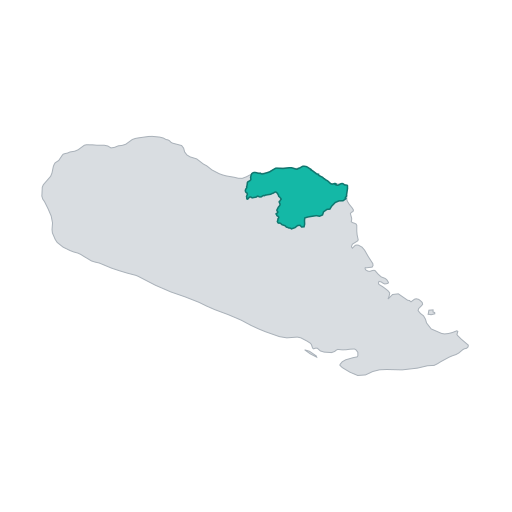 where Melaky sits in Madagascar, rotated 94°
{"feature_id": "MDG-5876", "entity_name": "Melaky", "entity_type": "Autonomous Province", "adm_level": 1, "iso_a3": "MDG", "parent_name": "Madagascar", "parent_adm1": "", "projection": "orthographic", "projection_center": [44.925, -17.742], "detail": "fine", "context": "in_parent", "style": "filled", "palette": "teal", "viewbox_px": 512, "rotation_deg": 94, "n_neighbors": 0, "source": "natural_earth", "source_scale": "10m", "svg_char_len": 7252}
<svg xmlns="http://www.w3.org/2000/svg" viewBox="0 0 512 512"><g transform="rotate(94 256 256)"><path d="M340.4,49.7L341.8,53.1L343.5,56.4L348.6,64.4L350.8,67.4L352.7,70.7L353.5,77.2L356.6,87.2L359.4,102.3L360.1,117.7L360.9,124.8L363.1,131.5L367.0,138.5L368.1,146.2L365.4,154.1L361.7,161.4L360.8,162.8L359.1,164.7L358.3,164.6L355.5,162.6L353.3,159.3L350.6,151.9L349.6,148.1L348.4,147.4L344.9,147.7L342.4,150.0L341.9,151.4L342.4,155.6L343.2,159.4L343.6,163.2L343.5,168.0L344.4,169.5L345.7,170.8L347.1,173.9L347.1,181.4L346.2,185.2L343.7,188.4L343.8,190.2L344.6,192.1L343.8,193.2L340.5,194.5L339.2,195.7L337.4,199.0L334.5,205.6L334.0,209.1L335.5,219.6L334.8,227.0L330.9,241.2L328.7,247.9L325.7,255.9L321.0,266.4L316.4,279.7L312.4,293.3L309.5,301.5L306.2,309.6L301.7,323.9L297.8,338.4L292.2,354.3L284.5,372.1L283.7,374.4L282.0,383.5L280.2,391.4L278.2,399.2L273.9,412.0L273.3,416.0L272.4,419.8L268.3,427.9L266.7,430.8L265.5,434.0L264.7,438.1L263.5,442.0L260.6,449.1L256.3,455.3L253.4,457.5L247.2,460.7L244.0,461.3L237.1,461.3L230.4,463.1L223.4,466.7L216.6,470.7L214.1,472.7L211.2,473.8L202.3,474.0L199.7,473.1L190.8,466.4L187.4,465.3L180.8,464.4L178.9,463.8L177.1,462.9L174.4,459.4L169.2,456.4L167.9,455.5L167.1,453.5L166.5,451.3L165.2,448.8L164.1,444.1L162.4,440.8L157.5,435.0L156.9,433.1L156.5,427.0L156.6,422.8L156.1,415.1L156.6,411.5L158.3,408.2L157.5,404.7L155.7,401.0L155.0,397.2L153.6,393.7L148.4,387.5L147.1,384.4L146.3,381.2L144.2,371.2L143.9,367.7L144.1,360.4L144.8,356.6L146.1,353.9L146.3,352.0L147.1,350.3L148.4,348.9L149.2,347.3L151.0,337.9L153.5,335.7L157.1,334.5L160.0,332.0L161.7,328.7L163.3,321.9L167.9,315.0L169.5,311.4L173.2,306.0L176.5,298.4L177.5,294.8L178.2,291.1L179.0,283.1L179.7,279.1L179.5,275.1L177.6,271.0L173.0,263.6L172.9,262.3L173.2,256.7L172.8,252.8L171.1,248.8L168.9,245.1L166.8,238.1L165.7,226.5L165.9,222.4L165.3,218.6L163.7,215.1L164.8,208.9L178.4,186.5L178.9,183.8L178.3,177.0L178.6,173.0L179.1,171.6L180.1,170.7L182.5,170.3L193.6,169.3L195.1,168.6L197.8,166.7L201.7,163.1L203.4,162.0L204.9,162.4L205.9,164.0L207.1,164.8L211.7,163.2L213.4,163.1L215.2,163.4L216.0,161.9L216.5,159.9L217.1,158.4L218.4,157.6L224.2,157.2L227.9,156.6L232.7,155.2L233.7,155.5L237.5,160.7L238.7,161.1L240.2,161.4L241.5,160.4L238.4,157.7L238.0,156.2L238.1,154.5L239.8,150.8L242.7,148.0L249.0,143.8L255.5,138.9L257.4,138.6L259.0,139.4L260.1,145.2L260.0,146.2L261.0,146.3L262.2,145.6L263.3,143.3L263.4,141.3L262.6,139.5L262.1,137.9L262.1,136.4L265.5,133.0L268.1,129.7L269.3,125.8L270.4,124.0L273.1,122.0L274.0,122.4L274.6,124.0L274.9,125.8L274.2,127.5L273.2,129.2L272.7,131.5L274.3,132.0L275.7,131.5L277.9,127.3L280.4,123.4L281.9,121.4L283.7,120.0L286.7,120.4L289.7,121.3L284.9,117.1L283.8,111.4L289.6,101.6L289.7,99.6L290.5,99.0L290.9,98.2L288.0,94.8L287.5,93.2L287.9,90.7L289.4,88.5L290.7,87.0L292.5,86.4L293.9,87.3L297.1,90.1L299.2,90.5L301.9,87.9L304.0,84.7L307.3,82.5L310.9,81.2L316.5,76.2L320.3,65.5L320.6,62.4L319.9,58.6L318.7,54.9L316.6,50.4L317.2,49.4L320.2,50.1L321.2,49.4L324.6,45.5L330.1,38.0L331.9,38.1L333.4,39.5L334.0,41.6L335.0,43.2L338.6,46.9L340.4,49.7ZM302.1,79.0L302.2,80.2L298.0,79.7L297.4,75.6L299.5,75.5L299.9,73.8L301.2,73.6L302.4,77.3L302.1,79.0ZM349.8,195.1L346.2,200.9L347.3,196.0L351.5,188.9L352.7,188.4L349.8,195.1Z" fill="#d9dde1" stroke="#a8b0b8" stroke-width="1"/><path d="M174.1,265.9L173.4,265.1L172.9,264.1L172.7,263.0L172.9,261.1L173.3,260.1L173.3,258.1L173.1,257.7L173.1,257.4L173.4,257.1L173.5,257.0L173.7,256.1L173.7,255.8L173.6,254.8L172.8,252.5L171.3,248.5L169.1,245.5L167.1,242.6L166.9,241.6L166.8,235.1L165.6,228.8L165.5,226.7L166.4,222.7L166.6,221.2L166.4,220.7L165.7,220.0L165.2,218.6L163.3,215.8L163.1,215.0L163.1,214.0L163.3,212.0L163.7,211.0L165.2,208.4L165.8,207.1L166.0,207.0L166.3,207.2L166.5,206.9L166.8,206.0L169.2,202.3L169.7,201.7L169.9,201.3L170.0,200.8L170.1,199.3L171.0,199.3L171.7,198.0L172.8,195.2L173.0,194.9L173.8,194.0L174.0,193.7L174.2,193.0L174.5,192.7L175.0,192.1L175.3,191.5L175.9,190.1L176.7,188.9L177.8,187.7L178.7,186.4L179.0,185.0L178.8,184.3L178.3,182.9L178.1,182.3L178.3,181.5L178.6,181.1L179.0,181.3L179.0,182.1L179.5,181.2L179.7,180.3L179.7,179.4L179.4,178.5L178.2,176.7L177.8,175.8L177.7,174.7L177.8,174.3L178.1,173.8L178.3,173.4L178.6,173.1L178.9,172.7L178.9,172.3L179.0,170.5L179.1,170.0L179.4,169.7L179.9,169.6L180.9,169.6L182.0,169.4L188.8,170.0L189.7,169.8L190.0,169.9L190.8,170.5L191.3,170.8L191.9,171.0L192.3,170.8L192.6,170.4L194.8,173.0L195.2,177.0L197.1,180.7L201.0,184.0L204.1,185.6L204.5,188.4L207.2,191.7L210.4,192.5L211.9,195.4L211.5,198.6L213.4,206.8L214.6,210.0L217.3,210.1L220.8,209.7L223.5,210.1L223.9,212.5L222.3,214.2L222.7,216.6L225.0,219.1L226.5,222.6L226.2,222.9L226.0,223.2L225.9,223.5L225.8,223.9L225.7,224.2L225.8,224.8L225.8,225.1L225.7,225.4L225.2,226.6L225.2,226.9L225.1,227.5L225.0,227.8L224.1,228.7L223.9,228.9L223.7,229.5L223.2,231.1L223.1,231.7L223.0,232.0L222.9,232.3L222.7,232.6L221.9,233.5L221.7,233.9L221.6,234.2L221.5,234.6L221.6,235.7L221.6,236.0L221.4,236.3L220.2,237.1L219.9,237.1L218.7,236.7L218.3,236.6L218.0,236.7L217.8,236.8L217.6,236.8L217.4,236.7L217.1,236.5L216.8,236.3L216.5,236.1L216.0,236.0L215.7,236.1L215.4,236.2L215.0,236.7L214.8,236.9L214.7,237.2L214.6,237.5L214.2,238.0L213.6,238.1L213.4,238.3L213.2,238.5L212.9,238.8L212.6,238.9L212.4,238.9L212.2,238.6L212.0,238.4L211.9,238.1L211.7,237.8L211.5,237.6L210.9,237.3L210.5,237.3L210.3,237.4L210.2,237.6L210.0,237.8L209.3,238.2L208.9,238.4L208.5,238.3L205.7,237.1L205.4,236.9L204.9,236.5L204.6,236.3L204.2,236.0L203.4,235.7L203.0,235.6L202.5,235.6L201.4,236.2L200.8,236.5L200.4,236.7L200.1,236.6L199.8,236.4L199.6,236.1L199.3,235.8L198.3,235.4L197.6,234.8L197.3,234.9L197.1,235.1L196.9,235.3L196.5,235.6L196.3,235.8L195.9,236.2L195.5,236.6L195.3,236.9L195.1,237.2L194.8,237.5L194.4,237.7L193.7,237.9L192.9,238.4L191.6,239.4L191.4,239.7L190.9,240.5L190.8,240.8L190.8,241.1L190.9,241.4L191.0,241.6L192.1,243.2L192.3,243.5L192.4,244.1L192.6,244.4L193.3,245.5L193.4,245.8L193.5,246.1L194.2,249.2L194.4,249.7L194.4,250.4L194.5,250.7L194.7,251.0L195.1,251.5L195.2,251.8L195.3,252.1L195.1,252.5L195.2,252.8L195.6,253.7L196.2,254.3L196.4,254.5L196.5,254.6L196.6,254.9L196.8,256.0L196.8,256.5L196.7,256.9L196.4,257.7L196.2,258.1L196.2,258.5L196.2,258.8L196.4,259.1L196.5,259.2L196.7,259.3L196.9,259.4L197.1,259.6L197.2,259.9L197.3,260.3L197.5,260.9L197.8,262.4L197.9,262.7L198.1,263.1L198.2,263.4L198.2,263.8L198.1,264.3L197.9,264.7L197.5,265.2L197.5,265.6L197.5,265.9L197.6,266.2L197.8,266.6L198.0,266.8L198.2,267.0L199.5,268.0L199.8,268.2L199.9,268.5L199.9,268.8L199.7,269.0L199.4,269.2L198.8,269.2L198.1,269.3L197.6,269.6L197.3,269.6L197.0,269.5L196.7,269.4L195.9,269.2L195.3,269.0L195.0,268.9L194.6,269.0L194.3,269.2L193.8,269.4L193.6,269.8L193.3,270.3L192.9,270.7L192.6,270.9L191.5,271.2L191.2,271.2L190.8,271.1L190.1,270.9L189.8,270.8L189.3,270.4L188.3,270.0L188.0,270.0L187.4,270.2L187.2,270.1L186.6,269.9L186.1,269.9L185.7,269.9L185.1,269.7L184.2,269.8L183.8,269.8L183.1,269.6L182.8,269.5L182.6,269.3L181.3,267.4L180.9,266.9L180.7,266.8L180.5,266.7L180.3,266.6L180.0,266.5L179.7,266.5L179.3,266.5L179.0,266.6L178.3,266.8L178.0,266.9L177.7,266.8L177.1,266.7L176.0,266.6L174.7,266.1L174.1,265.9L174.1,265.9Z" fill="#14b8a6" stroke="#0f766e" stroke-width="1.5"/></g></svg>